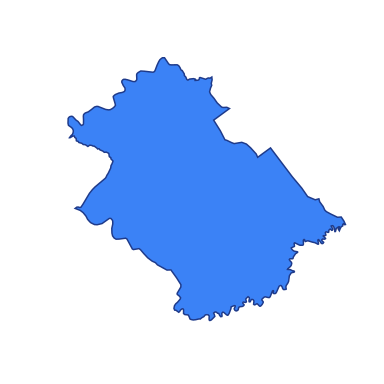 Dong Xoai, Bình Phước, Vietnam, rotated 52°
{"feature_id": "81297802B13642047560711", "entity_name": "Dong Xoai", "entity_type": "district", "adm_level": 2, "iso_a3": "VNM", "parent_name": "Vietnam", "parent_adm1": "Bình Phước", "projection": "natural_earth1", "projection_center": [106.858, 11.515], "detail": "fine", "context": "isolated", "style": "filled", "palette": "blue", "viewbox_px": 384, "rotation_deg": 52, "n_neighbors": 0, "source": "geoboundaries", "source_scale": "gbopen_adm2", "svg_char_len": 6022}
<svg xmlns="http://www.w3.org/2000/svg" viewBox="0 0 384 384"><g transform="rotate(52 192 192)"><path d="M73.8,255.1L74.1,254.8L74.6,251.4L75.5,250.3L76.9,250.8L78.4,250.3L80.4,251.6L80.8,251.5L81.9,250.6L83.3,250.7L85.9,248.8L87.6,248.5L89.1,246.9L92.0,246.0L92.1,244.0L92.3,243.5L93.9,242.1L94.8,241.8L95.7,240.8L98.9,239.9L100.0,239.9L100.3,239.1L100.8,238.6L102.2,238.6L104.8,237.1L106.7,236.7L107.9,234.9L110.1,233.9L110.6,233.9L113.0,235.3L113.6,235.4L114.5,234.9L115.1,234.9L116.0,235.5L118.9,235.2L119.2,235.5L120.5,237.6L121.3,239.5L123.1,241.4L125.7,246.6L126.4,248.7L127.5,250.8L127.8,251.9L128.3,265.3L128.8,269.0L129.9,273.6L134.4,285.2L135.6,288.8L135.5,289.2L134.8,290.3L133.8,290.9L133.0,292.1L133.0,294.2L137.7,291.4L141.2,290.5L145.8,290.4L149.3,291.1L152.6,290.9L154.1,290.6L157.6,288.9L159.4,286.9L161.5,282.3L161.9,273.4L162.9,272.2L165.0,272.1L166.1,272.4L168.4,274.1L171.3,277.6L175.1,280.4L177.7,281.6L180.3,281.7L182.4,280.9L184.3,278.3L187.6,272.7L189.1,272.2L200.2,274.1L201.3,273.6L204.0,268.6L205.8,268.1L211.0,267.9L216.6,267.4L221.9,266.0L225.2,264.3L228.1,264.1L238.1,259.8L240.4,256.6L250.3,257.0L258.2,257.8L260.0,259.3L262.7,266.1L263.7,266.7L265.8,266.1L268.3,266.1L268.8,266.7L269.2,267.6L270.0,271.4L270.1,273.7L270.8,275.8L272.6,277.9L274.4,278.4L275.2,277.5L278.6,276.5L278.6,275.4L278.0,273.9L277.9,272.4L278.3,271.2L278.7,271.0L279.5,271.1L282.6,273.5L284.2,273.1L286.4,270.8L288.1,270.9L290.6,271.7L291.2,271.7L292.2,271.0L293.6,269.8L294.9,267.7L296.4,264.5L297.2,263.7L297.1,261.9L297.5,259.3L297.1,257.7L297.2,256.7L298.1,255.5L298.9,254.8L300.3,254.8L302.8,256.9L303.9,257.3L304.3,257.0L304.6,256.2L304.7,255.3L304.1,250.6L302.1,249.8L300.7,249.5L300.7,248.0L301.2,247.1L302.0,246.7L303.3,246.5L304.2,245.7L306.3,246.2L308.0,246.1L308.5,245.1L307.7,244.3L306.0,243.3L305.6,241.9L306.3,241.1L310.1,240.4L311.1,239.8L311.2,239.5L310.6,237.6L308.0,233.3L306.6,231.8L307.5,228.7L308.2,228.1L308.9,228.5L309.9,230.6L310.6,230.9L311.7,231.0L312.5,230.7L313.0,230.3L313.3,229.5L313.4,228.6L313.1,227.9L311.9,226.4L311.7,225.9L312.0,224.7L313.1,223.0L313.4,221.8L313.3,220.9L313.0,220.4L311.1,220.5L310.4,220.0L310.3,219.6L310.5,219.0L311.8,218.1L312.1,217.2L312.0,216.7L309.5,215.6L309.2,214.5L309.0,212.3L310.4,211.9L311.1,212.2L312.9,214.2L313.8,214.5L314.3,213.9L314.3,213.6L313.3,211.7L313.3,211.3L313.9,210.5L314.6,210.1L316.0,210.3L318.4,212.6L319.2,212.4L319.6,212.0L320.0,209.7L320.3,209.4L323.6,209.0L324.0,208.6L324.1,207.9L324.1,207.3L323.7,205.7L322.9,203.9L322.4,203.5L320.0,203.4L319.5,202.7L319.3,199.9L319.7,198.8L322.0,197.0L322.8,196.1L322.8,195.5L322.5,194.6L319.5,189.5L319.6,188.9L319.9,188.6L320.5,188.9L321.5,190.2L322.1,190.2L322.6,189.9L323.3,188.8L323.3,188.1L322.8,186.8L319.9,181.4L319.9,180.8L320.3,179.6L320.9,179.3L322.6,179.5L323.8,180.0L325.1,180.0L325.7,179.4L326.6,177.8L326.5,177.5L324.6,176.5L323.7,175.3L322.8,172.6L321.9,170.9L318.0,166.9L316.9,163.9L317.0,163.1L318.0,161.0L317.9,160.4L317.3,160.2L316.8,160.4L316.1,161.2L313.7,162.3L311.8,164.4L311.7,164.2L311.4,163.8L311.3,160.2L310.8,158.8L309.7,157.4L308.6,156.9L306.8,157.1L305.2,157.0L304.9,156.3L305.0,155.8L306.5,153.9L306.6,153.4L305.6,152.1L304.4,148.5L304.6,146.0L304.4,145.7L303.9,145.8L301.5,147.9L300.1,148.4L298.4,148.6L297.2,148.3L297.2,147.9L297.9,144.9L297.8,144.6L295.4,143.2L295.2,142.8L295.3,142.3L300.0,140.0L300.6,139.5L302.1,137.5L302.1,136.9L301.7,136.3L298.7,134.1L298.4,133.6L298.4,132.9L299.1,132.7L300.2,133.2L300.8,133.2L301.5,131.2L302.2,130.4L305.5,128.1L307.7,126.3L310.7,124.9L310.9,124.5L310.8,124.2L307.4,122.5L307.3,121.8L307.5,121.5L308.2,121.5L311.9,121.7L312.5,121.5L313.1,120.8L313.1,120.2L312.7,119.2L310.2,119.6L309.5,119.0L309.5,118.0L310.8,116.6L311.0,115.6L310.8,115.3L307.5,115.7L307.3,115.4L308.5,113.6L308.5,113.2L308.2,112.9L306.1,112.0L306.0,111.7L305.9,111.2L306.2,110.6L307.6,109.7L307.8,109.2L307.7,108.8L306.8,108.2L306.4,107.6L306.2,106.3L306.5,105.8L308.2,105.5L308.5,104.8L308.4,104.3L308.0,103.9L304.5,103.3L304.6,102.8L304.9,102.1L305.6,101.7L306.2,101.7L308.1,102.1L309.6,102.7L311.1,103.8L311.4,103.5L311.3,103.0L309.6,100.9L309.6,98.9L309.8,97.5L310.1,97.3L310.8,97.9L311.2,99.4L311.4,99.6L313.3,99.8L312.1,97.7L311.3,95.9L311.5,94.0L310.4,93.2L310.2,92.2L311.8,91.8L312.1,91.1L308.5,90.2L303.6,89.8L301.5,92.9L294.6,96.3L290.2,98.2L288.0,98.5L284.2,97.6L278.3,97.4L275.5,96.2L274.0,99.7L266.8,103.7L256.5,103.1L241.6,103.6L205.6,103.0L205.1,118.9L201.6,118.0L193.3,118.6L187.7,119.6L183.5,122.2L179.8,129.0L177.3,130.5L172.8,132.7L171.1,133.9L161.3,132.0L148.7,130.7L149.3,111.1L146.7,112.4L144.5,115.5L143.3,116.4L137.3,117.3L131.7,117.0L126.7,117.2L123.9,116.5L121.5,113.4L120.1,110.8L118.3,110.0L116.0,107.1L113.6,105.6L113.4,107.8L112.5,108.5L111.9,109.7L111.6,111.8L106.8,115.1L106.6,115.5L106.7,116.0L107.5,116.7L107.8,117.7L107.5,118.6L106.0,120.9L105.6,120.7L105.5,119.9L105.1,119.9L103.6,121.0L101.5,124.4L101.3,126.3L100.9,126.6L100.0,126.8L97.7,126.1L95.5,126.3L94.2,125.4L90.2,124.9L89.8,125.4L88.6,125.4L86.7,124.9L84.7,124.7L83.4,125.0L82.6,125.4L79.0,130.2L77.8,131.3L76.4,131.5L69.3,131.0L68.0,132.7L67.9,133.9L68.0,135.9L68.8,138.0L70.6,141.5L73.4,146.1L73.8,147.0L73.9,148.0L73.6,149.0L67.6,155.1L65.1,157.9L64.7,160.8L64.8,162.1L65.1,163.0L65.7,163.6L69.2,166.1L69.7,166.9L69.9,168.0L69.9,168.9L68.6,170.5L64.1,173.6L62.0,175.3L61.1,176.6L61.0,177.3L61.2,178.6L61.6,179.2L62.4,179.8L65.8,180.6L68.8,180.8L70.3,181.8L70.8,182.4L71.1,183.3L71.0,184.3L70.5,185.9L69.0,188.7L68.0,192.4L68.0,193.8L68.2,195.2L69.3,195.9L75.1,198.2L76.6,199.0L77.1,200.8L77.2,203.3L76.8,205.7L76.0,207.1L73.8,209.2L66.7,213.4L65.7,214.7L65.0,216.5L65.1,220.4L65.0,224.3L64.1,227.2L64.0,228.4L64.3,229.8L65.3,230.9L68.7,233.3L71.5,235.6L71.9,236.3L71.6,238.0L70.5,238.4L66.2,238.4L64.0,239.1L59.5,239.5L58.7,239.8L58.0,240.5L57.4,241.9L57.4,243.1L57.8,244.3L61.5,247.4L63.4,248.3L67.2,247.2L69.0,247.2L70.7,247.8L71.9,249.0L72.7,250.2L73.0,250.9L73.1,252.6L73.8,255.1Z" fill="#3b82f6" stroke="#1e3a8a" stroke-width="1.5"/></g></svg>